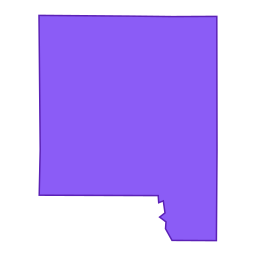 Johnson, Iowa, United States of America (orthographic projection)
{"feature_id": "52423323B53709220600977", "entity_name": "Johnson", "entity_type": "district", "adm_level": 2, "iso_a3": "USA", "parent_name": "United States of America", "parent_adm1": "Iowa", "projection": "orthographic", "projection_center": [-91.562, 41.643], "detail": "fine", "context": "isolated", "style": "filled", "palette": "violet", "viewbox_px": 256, "rotation_deg": 0, "n_neighbors": 0, "source": "geoboundaries", "source_scale": "gbopen_adm2", "svg_char_len": 327}
<svg xmlns="http://www.w3.org/2000/svg" viewBox="0 0 256 256"><path d="M39.0,15.4L40.2,149.6L39.2,195.2L158.2,195.6L158.7,202.7L163.3,200.9L165.0,212.9L159.6,217.1L166.0,221.9L165.5,228.7L172.0,240.4L216.4,240.6L217.0,150.7L216.8,16.4L172.6,16.6L128.2,16.1L39.0,15.4Z" fill="#8b5cf6" stroke="#5b21b6" stroke-width="1.5"/></svg>